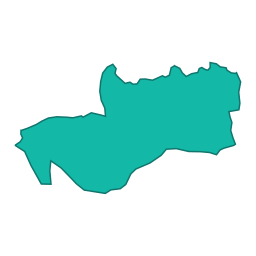 outline of Palodeia, Limassol, Cyprus
{"feature_id": "46923920B73040476031074", "entity_name": "Palodeia", "entity_type": "district", "adm_level": 2, "iso_a3": "CYP", "parent_name": "Cyprus", "parent_adm1": "Limassol", "projection": "orthographic", "projection_center": [32.99, 34.743], "detail": "fine", "context": "isolated", "style": "filled", "palette": "teal", "viewbox_px": 256, "rotation_deg": 0, "n_neighbors": 0, "source": "geoboundaries", "source_scale": "gbopen_adm2", "svg_char_len": 1272}
<svg xmlns="http://www.w3.org/2000/svg" viewBox="0 0 256 256"><path d="M21.0,130.3L20.9,134.2L22.6,137.9L20.3,141.7L15.5,145.0L15.4,145.5L24.7,151.5L31.0,165.5L41.3,184.0L51.0,184.2L49.8,170.8L50.8,160.8L61.2,168.0L69.1,176.1L76.2,183.6L84.3,190.1L105.3,193.4L110.8,189.9L120.3,188.7L125.8,184.4L126.1,183.8L130.8,173.9L135.9,169.0L150.1,162.9L161.4,155.1L166.3,149.2L176.2,148.6L188.8,151.5L200.7,151.7L209.6,152.5L216.5,154.7L220.0,150.0L223.8,148.2L233.7,145.4L235.4,144.2L233.0,138.0L230.7,130.5L231.9,122.5L230.0,116.9L228.9,111.6L238.9,109.8L239.9,103.3L238.7,92.2L240.6,81.9L236.5,72.7L235.6,73.4L231.2,72.9L227.0,70.2L226.1,67.8L220.3,66.9L216.3,63.8L210.1,62.6L210.2,67.5L207.8,70.2L205.2,69.5L201.8,67.5L199.3,68.5L197.8,72.5L191.6,73.7L186.2,76.5L182.3,72.9L179.8,68.4L174.4,65.7L174.3,66.0L171.2,67.7L169.4,75.2L165.3,77.2L162.4,75.8L156.7,78.4L152.5,80.2L145.2,79.0L140.2,79.2L137.1,83.9L133.0,84.2L130.0,82.2L125.0,83.4L122.7,81.2L116.7,75.8L115.0,73.4L116.1,68.6L112.8,64.3L107.3,67.1L102.7,73.1L100.7,81.5L99.8,91.3L101.3,100.4L104.8,108.1L105.5,116.3L101.2,115.1L91.3,112.8L83.0,117.2L81.4,115.9L72.9,117.8L66.3,117.2L56.8,116.8L48.5,118.0L42.1,121.0L36.3,124.5L27.2,128.4L21.6,130.3L21.0,130.3Z" fill="#14b8a6" stroke="#0f766e" stroke-width="1.5"/></svg>